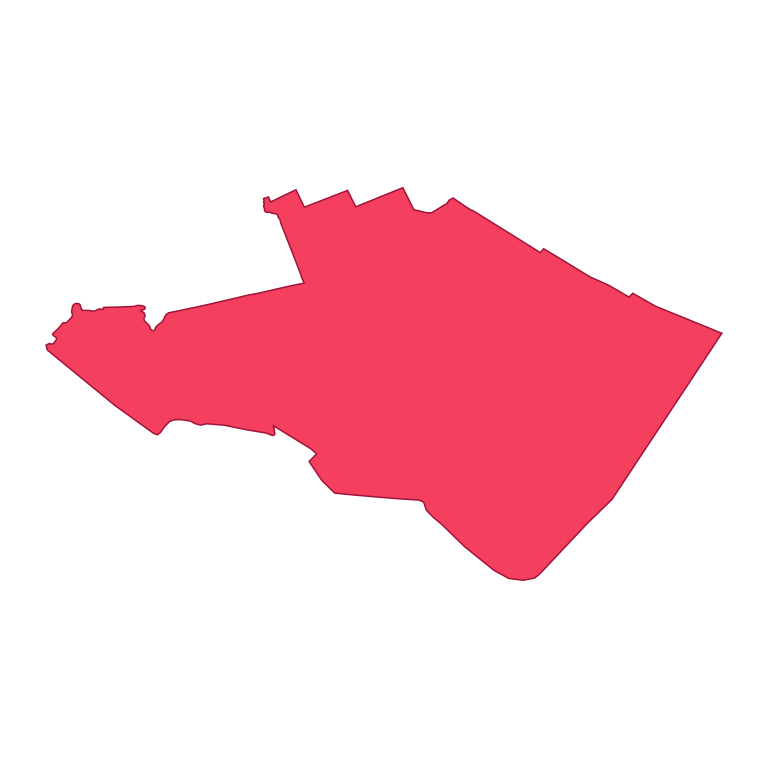 outline of Vrani, Caras-Severin, Romania
{"feature_id": "2599482B45618500974221", "entity_name": "Vrani", "entity_type": "district", "adm_level": 2, "iso_a3": "ROU", "parent_name": "Romania", "parent_adm1": "Caras-Severin", "projection": "equal_earth", "projection_center": [21.437, 45.023], "detail": "fine", "context": "isolated", "style": "filled", "palette": "rose", "viewbox_px": 768, "rotation_deg": 0, "n_neighbors": 0, "source": "geoboundaries", "source_scale": "gbopen_adm2", "svg_char_len": 3071}
<svg xmlns="http://www.w3.org/2000/svg" viewBox="0 0 768 768"><path d="M721.9,333.2L718.7,332.1L708.8,327.9L655.7,306.3L632.8,293.3L629.1,297.1L608.8,285.3L590.4,277.1L543.7,248.7L540.3,252.6L472.8,210.5L472.2,210.8L465.3,206.4L453.1,198.0L449.0,200.2L447.1,203.3L431.4,212.9L426.1,212.6L413.8,209.6L402.8,187.7L384.6,195.1L355.7,206.8L347.6,190.4L304.3,207.2L296.0,189.7L288.0,193.5L270.6,202.0L268.5,197.0L263.5,198.6L263.6,199.0L264.0,200.5L264.0,201.2L263.6,201.9L263.6,202.2L263.7,202.6L264.3,203.5L264.3,203.8L264.2,204.5L263.7,205.4L263.6,206.0L264.5,209.2L264.6,210.8L264.8,211.1L265.4,211.8L265.9,212.0L267.3,212.3L268.8,212.0L269.5,212.1L271.3,213.0L272.2,213.3L275.6,213.8L276.8,214.1L277.2,214.4L277.6,215.4L277.8,216.4L278.8,218.1L280.0,219.6L280.3,221.2L280.8,223.2L292.7,253.5L300.1,272.7L301.8,277.9L304.1,283.1L292.7,285.4L281.4,287.9L258.9,293.1L247.6,295.2L235.7,298.1L224.6,300.6L212.5,303.5L192.9,307.8L168.7,312.8L166.4,314.4L164.7,316.8L164.1,318.6L163.5,319.7L162.6,321.2L161.5,322.4L160.1,323.3L158.5,324.5L156.2,326.5L155.6,327.4L155.0,329.4L154.7,330.1L154.1,330.5L153.4,330.7L152.8,330.6L151.9,330.2L150.9,329.3L150.2,328.3L150.1,327.6L149.8,326.6L149.1,325.7L147.9,324.2L144.8,321.2L144.2,320.4L144.0,319.1L144.1,318.2L144.4,317.4L144.9,316.6L145.0,316.2L144.9,314.7L144.7,314.2L144.3,313.2L143.5,312.5L141.2,310.9L141.0,310.7L140.9,310.4L141.3,310.0L142.1,310.0L143.1,309.9L144.0,309.5L144.6,309.2L145.1,308.1L145.1,307.3L144.8,306.9L144.3,306.5L143.5,306.2L142.1,305.7L140.7,305.5L138.4,305.4L137.3,305.5L136.2,305.7L134.8,306.2L133.4,306.5L129.3,306.6L124.6,306.8L117.0,307.1L105.0,307.3L103.6,307.7L103.4,307.8L103.6,308.0L103.6,308.6L103.4,308.8L103.0,309.1L102.4,309.3L101.4,309.5L100.7,309.1L100.1,309.0L98.7,309.0L98.2,309.2L95.8,310.5L95.2,310.8L93.8,311.1L93.2,311.1L91.3,310.9L89.5,310.5L88.3,310.4L83.7,310.4L83.1,310.4L82.5,310.1L81.7,309.5L81.3,309.0L80.3,305.2L80.0,304.7L79.6,304.3L79.1,303.9L77.4,303.5L76.4,303.4L75.7,303.5L74.9,303.8L73.4,304.9L72.6,306.0L71.6,311.4L71.7,312.5L72.3,314.0L72.4,314.9L72.5,315.3L72.3,316.0L71.9,316.8L70.9,318.0L67.4,321.7L66.3,322.6L65.4,322.7L63.5,322.7L63.1,322.8L62.6,323.2L60.2,326.4L58.0,328.8L54.3,332.2L52.9,333.7L52.6,334.2L52.6,334.4L53.1,335.2L54.2,336.3L56.0,337.3L56.4,337.8L56.5,338.2L56.3,339.3L55.7,340.7L54.3,342.5L53.7,343.2L53.1,343.6L52.3,344.0L51.2,344.1L50.6,344.0L49.9,343.7L49.5,343.4L46.1,345.1L47.3,350.0L114.8,405.4L153.8,433.5L157.3,434.8L160.5,432.5L162.3,429.7L164.3,427.0L166.6,424.5L169.0,422.2L169.9,421.4L174.2,419.8L180.5,419.6L190.5,421.1L192.9,422.5L195.4,423.7L198.1,424.5L200.8,425.1L206.9,423.8L224.4,425.2L234.7,427.4L245.1,429.5L255.6,431.3L266.0,433.0L272.4,435.5L273.3,435.4L274.1,435.1L274.6,434.4L274.9,433.7L273.5,425.8L311.0,448.9L316.6,453.8L309.1,461.5L321.9,480.6L334.7,493.1L355.8,495.2L376.8,497.0L397.9,498.7L419.0,500.1L423.7,502.2L426.4,510.3L434.0,518.0L440.9,523.6L465.0,547.0L494.0,570.4L508.6,578.4L522.9,580.3L534.5,578.1L539.3,574.4L587.7,523.0L612.0,499.4L721.9,333.2Z" fill="#f43f5e" stroke="#9f1239" stroke-width="1.5"/></svg>